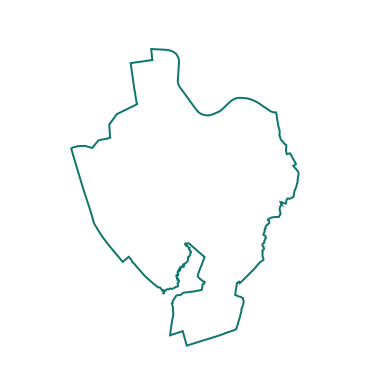 the district of Gradina, Constanta, Romania, rotated 257°
{"feature_id": "2599482B78123686212908", "entity_name": "Gradina", "entity_type": "district", "adm_level": 2, "iso_a3": "ROU", "parent_name": "Romania", "parent_adm1": "Constanta", "projection": "mercator", "projection_center": [28.433, 44.528], "detail": "fine", "context": "isolated", "style": "outline", "palette": "teal", "viewbox_px": 384, "rotation_deg": 257, "n_neighbors": 0, "source": "geoboundaries", "source_scale": "gbopen_adm2", "svg_char_len": 5959}
<svg xmlns="http://www.w3.org/2000/svg" viewBox="0 0 384 384"><g transform="rotate(257 192 192)"><path d="M169.0,94.5L168.5,94.6L159.8,98.5L139.6,108.7L139.5,108.8L143.1,115.9L139.0,117.8L137.7,117.9L135.8,119.2L128.4,123.0L128.2,123.2L120.5,127.3L111.5,133.7L109.5,135.4L108.0,136.5L107.0,137.1L106.3,138.8L105.9,139.5L102.8,141.0L102.6,141.0L102.9,142.0L102.6,142.4L101.8,142.2L101.4,141.7L100.4,141.5L100.1,141.6L99.8,141.3L99.5,141.6L100.0,142.1L101.1,142.5L101.3,143.0L101.8,143.5L102.0,144.1L102.8,145.5L102.8,146.1L102.4,146.9L102.4,147.6L102.9,148.5L102.9,149.0L102.2,150.0L102.2,151.7L102.6,153.4L102.8,153.8L102.8,154.2L103.2,155.0L103.2,155.8L103.0,156.5L103.2,156.8L103.5,157.2L104.4,157.5L106.0,157.3L106.9,157.9L107.0,158.0L106.9,158.5L107.0,158.6L107.7,158.8L108.2,159.3L108.4,159.4L108.7,159.3L109.1,158.9L109.5,159.1L109.8,159.1L109.8,158.7L109.5,158.4L109.7,158.0L110.1,157.9L110.4,158.0L110.6,158.2L110.8,158.7L111.2,158.5L111.6,157.8L112.0,157.9L112.2,158.2L112.8,158.5L113.0,158.5L113.9,157.8L114.2,158.0L114.6,158.7L114.6,159.2L114.5,159.5L114.3,159.7L114.2,159.9L114.3,160.0L114.6,160.2L115.0,160.2L115.1,159.8L115.4,160.0L116.0,160.0L117.1,159.8L117.6,160.6L118.4,160.9L118.7,161.0L118.9,161.3L118.9,161.6L118.7,161.9L117.9,162.0L118.2,162.6L118.7,162.7L119.0,162.6L119.2,162.4L119.3,162.2L119.7,162.1L119.8,162.1L120.0,162.4L119.9,162.9L119.6,163.4L119.7,163.5L120.6,163.8L121.1,163.6L121.4,163.6L121.4,164.0L121.2,164.5L121.1,164.8L121.1,165.0L122.1,166.0L122.3,166.3L122.1,166.5L121.8,166.6L121.1,166.5L121.0,166.9L121.6,167.5L122.1,167.6L123.1,167.2L123.3,167.2L123.5,167.4L123.6,167.7L123.5,168.0L123.3,168.5L124.0,169.2L124.3,169.6L124.4,170.4L124.9,171.5L125.3,171.7L126.0,172.3L127.4,173.2L128.0,173.3L128.4,173.2L128.7,173.2L128.9,173.6L129.4,173.7L129.6,173.8L129.5,174.2L129.6,174.5L131.1,176.1L131.7,176.2L132.3,176.7L133.2,176.9L133.4,177.2L133.4,177.4L133.5,177.5L133.9,177.5L134.2,177.1L134.6,177.2L135.0,176.9L135.5,177.0L136.1,176.5L136.5,176.6L136.8,176.6L137.4,176.1L137.6,176.2L138.1,176.9L138.6,176.3L138.8,176.2L139.1,176.2L140.8,175.0L140.8,174.7L140.7,174.5L140.8,174.2L141.3,173.9L141.6,173.8L142.3,174.1L142.4,173.8L142.9,173.5L143.2,173.6L143.3,173.7L143.3,174.2L143.3,174.4L143.1,174.5L142.8,175.4L142.8,177.3L125.8,189.6L120.6,186.2L119.0,185.2L117.3,183.9L114.3,181.8L110.0,179.1L109.2,178.7L107.6,179.0L106.3,179.7L102.9,182.4L102.2,182.7L102.3,183.2L101.5,184.1L101.2,184.1L99.9,183.1L99.7,182.2L99.7,181.6L94.5,179.6L94.4,179.2L94.7,171.7L95.7,161.8L95.7,161.0L95.5,160.1L94.4,158.3L94.3,158.0L94.7,154.0L94.6,153.5L94.2,153.0L89.8,148.4L89.4,148.3L88.2,148.3L87.8,147.3L84.5,147.5L76.4,146.1L68.8,142.7L57.3,138.4L58.5,151.7L43.5,152.3L44.6,166.5L45.4,177.6L45.9,184.6L46.7,191.5L47.0,192.8L47.8,201.1L48.5,204.3L58.6,210.1L65.1,213.5L66.2,213.6L67.7,214.3L68.5,215.1L70.8,216.4L72.8,217.5L73.8,217.7L77.2,217.6L79.1,215.5L79.6,214.2L82.1,210.9L86.1,212.4L90.4,214.3L90.9,214.4L92.7,215.2L93.2,215.3L94.0,217.7L92.4,218.0L94.9,222.3L103.5,236.0L105.7,238.8L108.3,242.6L109.9,246.4L111.3,246.6L113.5,246.3L114.6,246.4L115.6,246.8L116.7,246.8L117.5,247.4L119.0,247.3L120.3,249.4L121.8,249.2L122.6,249.5L123.4,248.8L124.1,248.6L124.7,248.7L125.5,249.2L126.0,249.7L126.2,250.8L127.1,251.2L128.1,251.4L128.5,251.8L128.7,252.2L129.3,252.7L130.0,252.9L130.8,253.4L130.8,253.7L131.3,253.6L132.2,253.7L132.8,253.6L133.3,253.1L133.7,252.4L133.9,252.1L134.4,252.1L134.9,252.1L136.8,253.7L137.2,253.9L138.7,254.1L139.1,254.3L139.2,254.5L139.3,254.9L139.7,255.3L140.0,255.1L140.2,255.3L140.2,255.5L141.4,255.8L142.8,257.1L142.9,257.9L143.3,258.2L144.3,260.2L145.2,260.5L146.2,260.7L146.8,260.5L147.1,259.9L147.5,259.7L147.8,259.7L148.4,260.0L148.8,261.9L149.1,262.7L149.2,264.5L149.0,266.6L148.2,271.1L149.4,271.9L149.9,272.5L149.9,272.8L150.2,273.1L150.6,273.3L152.4,273.5L153.8,273.4L155.7,273.5L156.7,274.0L157.7,274.5L158.4,275.1L159.0,275.5L159.4,275.9L159.6,276.2L159.7,276.4L159.5,276.6L162.3,276.0L161.7,277.4L160.5,278.9L159.6,280.7L160.5,281.2L163.3,282.5L164.2,283.8L163.6,285.1L163.5,285.7L163.5,286.4L163.6,287.1L164.5,289.8L165.8,290.4L166.6,290.6L169.8,292.1L173.5,294.7L174.4,295.2L175.9,295.9L178.0,297.1L178.6,297.4L179.9,297.5L181.7,298.5L182.6,298.5L183.6,299.0L184.7,299.7L185.9,300.0L187.7,300.0L188.2,299.8L191.3,298.4L192.4,297.7L194.6,296.5L195.9,299.6L207.6,296.3L207.6,292.9L208.3,293.0L209.7,292.8L211.4,293.0L213.1,293.3L214.3,293.9L215.7,294.3L216.4,294.4L217.2,293.9L218.1,292.9L218.6,292.8L219.5,292.2L220.4,291.9L222.5,290.6L224.0,290.2L224.9,290.3L225.9,290.2L227.3,289.8L227.6,289.9L228.0,290.2L228.5,290.4L229.0,290.5L230.0,290.6L232.1,291.2L234.6,291.1L236.6,290.9L238.2,291.1L241.3,291.2L244.4,291.4L244.8,291.3L248.0,291.9L248.7,291.7L249.9,291.9L250.3,291.5L250.8,291.6L251.0,290.4L251.5,289.0L252.4,287.5L253.2,286.5L257.9,282.2L259.3,280.7L260.8,279.5L263.3,277.2L265.2,275.2L266.2,274.1L268.6,270.8L270.1,268.2L270.9,266.7L272.8,260.6L273.1,259.2L273.3,258.2L273.3,255.8L273.2,254.6L272.5,252.0L272.1,250.9L271.5,249.6L265.8,240.1L264.7,237.8L264.3,236.7L264.1,235.6L263.2,230.8L262.9,228.5L262.8,227.3L263.0,224.9L263.4,223.7L263.7,222.6L264.1,221.7L265.0,220.0L265.9,218.6L266.8,217.6L268.2,216.4L269.4,215.6L272.5,214.1L285.8,208.5L297.1,203.6L298.9,203.1L300.3,202.9L302.9,203.0L321.6,208.6L324.2,209.0L325.2,208.9L326.7,208.7L328.6,208.2L330.2,207.5L331.5,206.5L332.8,205.3L334.0,203.7L334.9,202.2L335.7,200.4L336.5,198.4L340.5,184.4L329.5,183.0L331.4,161.2L306.5,159.1L294.5,158.3L290.9,158.1L290.1,158.4L289.8,157.9L285.1,137.6L284.6,136.2L284.3,135.7L276.5,126.8L276.5,126.6L264.1,124.5L263.3,124.5L263.5,123.4L263.4,123.1L263.0,122.2L263.4,115.4L263.4,113.7L263.2,112.2L258.1,105.6L257.4,104.5L261.0,98.2L262.1,92.4L262.3,91.5L262.2,86.0L262.1,85.5L261.9,85.0L261.2,84.0L260.8,84.2L253.7,84.5L218.5,86.8L200.2,88.5L188.3,89.3L187.1,89.3L184.5,89.4L182.8,89.7L172.6,93.1L172.1,93.2L169.1,94.5L169.0,94.5Z" fill="none" stroke="#0f766e" stroke-width="2"/></g></svg>